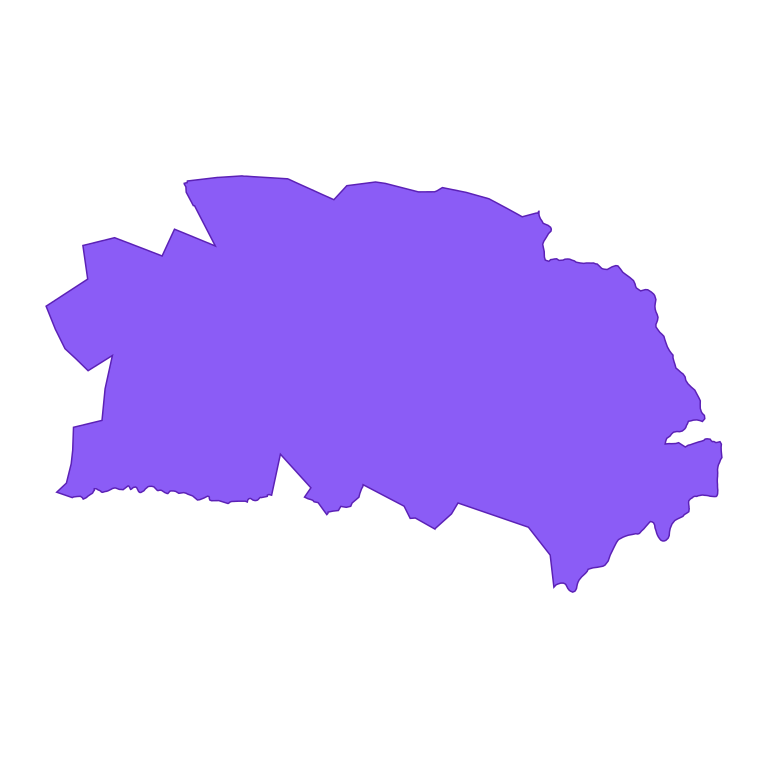 Santiago Ixtayutla, Oaxaca, Mexico
{"feature_id": "50627088B59377752165188", "entity_name": "Santiago Ixtayutla", "entity_type": "district", "adm_level": 2, "iso_a3": "MEX", "parent_name": "Mexico", "parent_adm1": "Oaxaca", "projection": "mercator", "projection_center": [-97.668, 16.53], "detail": "fine", "context": "isolated", "style": "filled", "palette": "violet", "viewbox_px": 768, "rotation_deg": 0, "n_neighbors": 0, "source": "geoboundaries", "source_scale": "gbopen_adm2", "svg_char_len": 6036}
<svg xmlns="http://www.w3.org/2000/svg" viewBox="0 0 768 768"><path d="M56.4,331.3L65.0,348.7L75.6,358.5L88.1,370.7L112.4,355.5L105.1,388.7L102.0,420.4L73.5,427.3L72.7,450.3L71.2,463.8L66.4,483.1L56.7,492.2L72.3,497.6L73.6,496.9L73.9,496.9L77.1,496.5L80.4,496.3L82.4,497.7L83.2,499.1L85.6,498.0L86.5,497.5L88.0,496.1L90.5,494.4L92.2,493.4L92.6,493.0L92.8,492.7L93.5,491.3L94.2,490.5L94.1,490.4L94.2,489.7L94.3,488.7L96.5,488.8L97.7,489.7L99.8,490.6L100.8,491.2L100.9,491.5L101.1,491.6L101.2,491.8L101.6,492.1L102.7,492.3L103.8,491.9L105.3,491.5L106.6,491.3L107.9,490.9L111.9,488.9L112.4,488.5L115.0,487.9L115.9,488.1L119.3,489.4L121.5,489.5L123.1,489.7L127.8,486.1L128.1,485.9L128.7,486.0L129.6,487.3L130.6,489.4L131.4,489.1L133.4,487.4L135.6,487.0L136.7,487.7L138.6,491.5L139.5,492.3L140.1,492.5L141.0,492.4L142.6,491.5L144.0,490.7L145.4,488.9L145.6,488.7L146.7,487.9L146.8,487.8L147.5,487.1L147.9,486.8L149.0,486.4L151.7,486.3L153.8,486.8L155.0,488.0L157.3,490.4L158.0,490.6L160.2,490.1L160.7,490.3L161.6,490.4L162.2,490.8L164.2,492.1L164.5,492.4L167.1,493.5L167.9,493.5L169.9,491.2L171.1,490.9L173.8,491.0L175.7,491.4L178.8,493.3L183.7,492.6L186.3,493.3L187.4,494.0L192.6,495.9L197.1,499.7L197.5,500.0L198.2,499.9L199.7,499.7L204.0,498.0L207.5,496.2L208.9,496.5L209.1,496.8L209.1,497.0L209.4,497.7L209.3,498.6L209.9,500.1L211.5,500.7L218.8,500.6L228.0,503.5L228.8,503.1L230.2,501.9L231.6,501.5L238.4,501.2L245.3,501.2L247.3,502.0L247.7,500.1L248.6,498.9L249.1,498.7L249.7,498.5L250.7,498.5L252.0,499.4L253.0,500.1L255.1,500.6L256.1,500.5L257.5,500.1L258.0,499.7L259.7,497.9L260.3,497.4L261.2,497.6L266.8,496.5L267.3,496.3L267.4,495.1L268.9,494.5L271.6,495.2L280.4,454.2L310.9,487.8L304.5,497.1L308.1,498.8L311.0,499.6L312.9,500.4L314.1,501.8L318.1,502.6L323.0,509.4L326.8,514.6L327.9,513.4L328.1,512.1L333.0,511.1L338.4,510.5L340.8,506.4L346.3,507.3L350.7,506.3L352.1,503.0L358.9,497.2L359.8,493.6L361.6,488.7L362.8,486.7L363.1,484.7L384.1,495.7L401.5,504.8L404.1,506.2L410.2,518.4L415.3,518.0L434.8,529.0L434.8,528.9L451.5,513.9L458.0,503.0L487.1,513.0L528.4,527.2L550.2,555.1L553.9,587.2L556.1,584.8L557.7,584.1L560.7,583.1L563.5,583.1L565.6,584.2L566.8,586.4L567.8,588.4L569.1,590.1L570.4,591.1L572.7,592.1L574.9,591.2L575.6,590.2L576.5,588.5L576.9,586.2L577.4,583.9L578.1,582.0L579.1,580.0L581.6,576.9L585.6,573.2L587.2,571.3L588.1,569.3L590.0,568.7L593.1,567.8L597.2,567.3L603.0,566.2L605.0,565.1L606.5,563.2L608.2,561.0L610.2,555.1L614.5,546.3L616.4,542.6L618.1,540.1L619.0,539.3L620.9,538.3L622.9,537.2L625.1,536.3L628.3,535.2L632.7,534.4L635.7,533.7L637.8,534.0L639.4,533.4L640.4,532.3L641.5,531.0L643.8,528.9L645.9,526.4L647.5,524.6L648.9,523.0L650.4,521.5L652.1,521.9L653.6,522.8L654.7,525.2L655.0,527.8L656.0,530.7L656.6,532.9L657.2,534.6L658.3,536.8L659.6,538.7L660.9,540.2L662.4,540.9L664.0,541.0L665.8,540.4L667.0,539.3L668.2,538.1L669.2,535.6L669.5,531.9L670.2,528.4L672.0,524.0L674.8,520.5L677.6,518.9L680.8,517.4L682.9,516.4L684.3,514.6L686.8,513.1L688.8,511.7L689.0,510.2L689.2,508.5L689.0,507.6L689.0,506.4L688.7,504.2L688.6,502.3L688.8,500.8L690.3,499.0L692.6,497.6L693.4,496.7L694.9,496.3L696.8,496.4L698.4,495.7L699.9,495.5L701.1,495.2L702.8,495.0L704.3,495.3L706.2,495.4L708.3,495.7L710.0,496.2L712.0,496.4L714.3,496.6L716.1,496.5L716.8,495.9L717.3,494.9L717.6,493.9L717.8,490.1L717.6,488.4L717.5,486.4L717.5,484.4L717.3,481.9L717.3,479.4L717.4,478.0L717.6,476.2L717.6,474.7L717.7,473.1L717.5,469.7L717.8,467.5L718.1,466.0L718.5,464.6L719.5,462.6L720.2,460.7L720.6,459.6L721.9,457.6L721.2,450.6L721.1,447.2L721.4,444.2L720.0,441.7L717.7,442.3L715.9,442.6L713.9,441.5L712.3,441.6L711.1,440.6L710.2,439.2L707.1,438.8L705.1,439.1L703.8,440.4L701.2,441.3L698.7,441.9L695.1,443.1L693.0,443.8L690.2,444.8L688.2,445.2L685.3,447.0L678.6,442.7L675.8,443.5L671.4,443.7L669.0,443.6L665.2,444.0L665.7,441.2L666.7,438.4L670.1,436.0L671.5,434.0L673.5,432.2L676.9,431.5L679.6,431.7L682.3,431.0L684.7,429.0L685.8,427.5L686.5,425.4L687.5,423.7L688.4,421.3L691.0,420.8L693.5,420.1L696.9,419.9L700.0,420.6L702.4,421.5L704.8,418.7L704.4,415.5L704.1,415.1L702.4,413.5L701.3,411.7L700.3,408.5L700.2,404.8L700.3,400.8L698.9,397.8L696.9,394.1L694.8,390.1L691.2,387.0L688.0,383.8L685.8,380.4L685.1,376.9L683.1,374.0L680.9,372.4L678.3,370.0L675.9,368.0L675.0,364.6L674.0,361.6L673.0,357.9L673.0,355.1L671.4,353.3L669.5,350.7L667.4,346.9L665.8,342.5L664.8,339.5L663.9,336.3L662.0,334.3L659.8,332.3L657.6,329.3L656.0,327.0L655.9,324.5L656.6,322.8L657.5,320.4L658.0,317.3L657.1,314.3L656.0,312.0L655.2,309.2L654.9,306.3L655.2,303.7L655.9,299.6L654.7,295.6L653.7,294.1L651.3,292.0L647.8,289.8L648.2,289.8L645.4,289.6L640.6,290.9L636.3,287.9L635.5,286.0L635.1,284.1L633.5,280.6L629.9,277.5L625.9,274.6L622.8,272.3L620.6,269.2L617.9,265.9L615.8,265.6L612.1,266.8L607.2,269.5L603.6,269.1L601.7,268.4L599.5,266.2L597.2,264.0L595.7,263.9L593.6,263.0L591.4,263.1L588.4,263.0L586.4,263.0L583.7,263.4L580.3,263.0L576.2,262.2L574.4,260.9L571.9,260.1L569.8,259.2L567.8,259.0L564.9,259.2L563.1,260.1L559.0,260.4L556.7,258.8L554.3,259.0L552.5,259.4L550.7,259.6L548.8,261.3L545.3,260.1L544.4,257.1L544.2,251.5L543.2,246.8L542.7,244.2L543.8,241.3L546.4,237.2L548.5,233.6L551.0,231.1L551.3,229.1L550.6,227.3L548.0,225.3L545.7,224.4L543.2,223.3L541.9,220.9L540.5,218.9L539.3,216.1L538.9,214.0L539.0,211.2L538.9,210.7L538.8,211.4L538.4,211.8L537.9,213.1L536.1,213.1L522.2,216.8L517.2,214.0L512.8,211.6L506.8,208.3L489.0,198.8L466.2,192.4L442.4,187.6L436.5,191.1L435.6,191.4L434.6,191.8L418.4,191.9L385.3,183.4L375.5,182.0L346.8,185.7L333.9,199.7L322.7,194.7L316.1,191.7L315.7,191.5L296.2,182.7L289.1,179.4L287.6,178.8L253.3,176.7L246.5,176.2L244.0,176.2L242.0,175.9L218.9,177.4L217.8,177.4L187.4,181.0L187.1,182.7L186.4,182.8L185.7,182.9L185.3,183.1L184.2,183.3L184.2,183.9L185.9,186.9L186.2,192.2L193.3,205.6L193.5,205.6L194.6,205.8L195.4,207.4L197.8,212.1L214.7,244.8L215.3,246.0L192.8,236.7L174.5,229.2L162.1,256.0L144.4,249.1L114.6,237.7L82.9,245.5L87.7,279.1L46.1,306.2L55.5,329.6L56.4,331.3Z" fill="#8b5cf6" stroke="#5b21b6" stroke-width="1.5"/></svg>